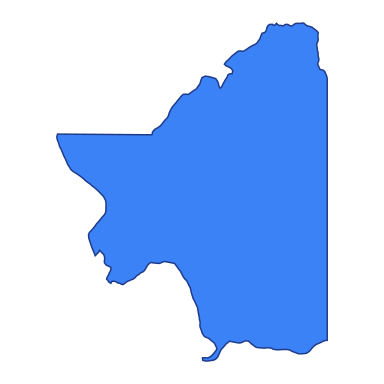 Jacundá, Pará, Brazil (Robinson projection)
{"feature_id": "56859067B70193935758216", "entity_name": "Jacundá", "entity_type": "district", "adm_level": 2, "iso_a3": "BRA", "parent_name": "Brazil", "parent_adm1": "Pará", "projection": "robinson", "projection_center": [-49.237, -4.593], "detail": "fine", "context": "isolated", "style": "filled", "palette": "blue", "viewbox_px": 384, "rotation_deg": 0, "n_neighbors": 0, "source": "geoboundaries", "source_scale": "gbopen_adm2", "svg_char_len": 3646}
<svg xmlns="http://www.w3.org/2000/svg" viewBox="0 0 384 384"><path d="M57.5,134.1L56.8,137.0L57.2,139.5L58.0,141.4L59.0,144.2L59.6,146.6L61.3,149.7L62.5,152.6L63.9,156.1L65.1,158.4L66.1,160.6L67.5,164.0L69.0,166.5L70.8,169.4L72.3,170.9L74.4,172.3L76.4,173.5L79.8,175.8L82.2,177.7L83.7,178.9L84.9,180.1L86.1,181.2L88.9,183.2L90.5,184.3L91.8,185.6L94.3,187.5L96.9,189.7L103.2,196.1L104.4,198.1L105.4,200.0L106.0,202.5L106.0,205.8L105.9,210.4L105.4,213.1L103.8,215.5L101.8,217.5L100.7,219.1L96.3,224.1L95.1,226.0L92.8,228.8L91.0,230.8L89.4,232.5L88.5,234.7L88.8,238.1L89.5,240.4L90.3,242.8L91.8,247.2L92.9,249.9L93.6,251.5L95.2,255.7L98.7,252.1L99.6,250.3L102.4,253.3L103.7,254.5L104.4,256.3L104.7,258.6L104.4,260.7L104.4,262.6L105.7,264.6L107.3,265.7L109.1,266.3L110.9,267.5L110.9,269.9L109.4,272.7L108.7,274.5L107.1,277.4L106.6,279.2L107.9,280.4L109.0,282.2L110.9,283.3L111.9,281.4L114.4,281.2L116.2,281.9L117.9,283.0L119.8,283.3L121.3,284.2L122.9,284.6L127.7,281.2L129.4,280.7L130.9,279.9L133.0,279.2L134.7,278.0L137.0,275.5L139.1,274.3L140.2,273.1L143.2,271.7L144.5,270.5L147.6,265.3L148.7,264.0L150.6,262.5L153.4,262.9L157.1,263.3L159.7,263.4L162.5,262.1L164.2,261.5L166.4,261.8L174.5,263.4L177.0,266.7L179.1,269.7L180.4,271.2L183.3,276.9L184.9,279.0L186.7,280.8L187.7,282.8L189.1,285.7L190.2,287.8L190.9,290.1L191.3,292.7L193.3,298.9L194.6,301.1L196.4,305.1L197.5,307.4L198.8,315.4L199.3,317.2L199.4,319.2L200.2,322.6L199.9,325.1L200.1,327.1L201.0,329.5L202.4,333.6L204.4,336.5L206.5,337.5L208.3,338.1L210.1,339.6L211.6,340.9L214.5,343.2L216.9,348.4L216.3,350.2L212.9,354.4L211.4,355.8L210.1,356.8L207.9,357.9L204.9,357.8L202.4,357.9L202.8,360.3L205.2,361.0L207.9,361.0L213.3,360.2L215.5,359.3L217.4,357.4L219.2,353.9L220.3,351.2L221.3,349.3L222.9,347.7L224.4,346.0L225.9,344.1L229.6,341.2L235.9,342.5L239.1,343.0L241.3,342.7L244.3,341.2L246.4,340.9L248.3,341.0L249.6,342.0L251.3,343.8L255.6,347.0L257.6,347.6L260.8,347.9L264.5,348.1L266.6,347.8L268.7,347.8L271.4,348.2L273.4,349.3L276.9,349.8L280.0,349.7L282.5,349.5L287.1,349.5L289.7,350.0L292.1,351.4L296.3,352.9L298.7,353.8L301.7,353.8L305.0,353.5L306.5,353.2L308.4,352.0L309.8,350.9L312.5,347.5L315.7,344.7L321.3,342.2L323.2,341.2L325.4,340.4L327.2,340.4L327.2,186.5L327.2,135.0L327.2,78.6L326.7,76.1L324.9,71.9L323.7,70.4L320.0,69.4L317.6,64.0L318.9,60.1L318.7,58.0L318.1,56.0L318.1,52.6L317.3,50.0L317.3,48.1L316.7,45.7L316.9,43.4L318.0,41.0L318.2,38.9L317.9,37.0L317.9,34.9L318.3,32.8L316.9,31.0L312.1,27.3L310.4,26.6L308.3,26.1L306.7,25.6L303.7,23.1L301.9,23.0L300.2,23.5L298.2,23.3L296.0,23.4L294.4,24.1L292.9,25.3L291.4,26.2L289.8,25.6L288.0,24.5L286.1,24.3L284.6,24.9L282.9,26.0L281.2,25.4L279.5,25.5L277.9,24.8L276.5,23.3L275.3,24.7L273.9,25.5L272.4,24.3L269.8,24.4L268.1,25.4L267.1,27.1L266.2,30.5L264.8,32.5L262.0,33.3L261.2,35.2L259.8,39.0L258.5,40.7L257.3,42.6L255.6,44.1L253.5,45.1L251.1,46.3L249.1,47.5L246.1,49.7L243.3,51.3L240.8,51.0L239.1,51.0L237.6,51.5L234.2,54.2L232.1,55.9L230.1,57.9L228.5,59.6L227.2,60.7L225.7,62.2L224.4,64.2L226.3,66.0L228.6,66.9L231.3,68.5L232.8,70.9L232.1,73.8L229.8,73.8L228.0,74.8L227.0,77.4L225.5,79.5L223.3,83.4L221.6,87.0L220.2,88.1L219.0,86.4L218.5,83.7L217.4,81.0L215.7,78.6L213.2,77.8L208.7,76.6L205.4,76.1L202.2,77.4L201.1,79.7L200.1,83.4L198.9,85.2L197.6,86.9L196.6,88.7L195.1,89.7L192.1,91.6L189.8,93.5L187.9,94.4L185.5,94.2L183.4,94.3L181.5,95.9L179.3,98.6L178.0,100.1L175.4,103.4L173.5,105.5L172.3,107.1L171.1,109.0L169.6,112.0L169.0,113.6L168.5,115.5L167.2,118.0L165.3,119.8L163.4,122.0L162.1,123.8L160.5,125.7L157.9,127.6L154.5,129.5L152.6,132.0L151.9,134.8L57.5,134.1Z" fill="#3b82f6" stroke="#1e3a8a" stroke-width="1.5"/></svg>